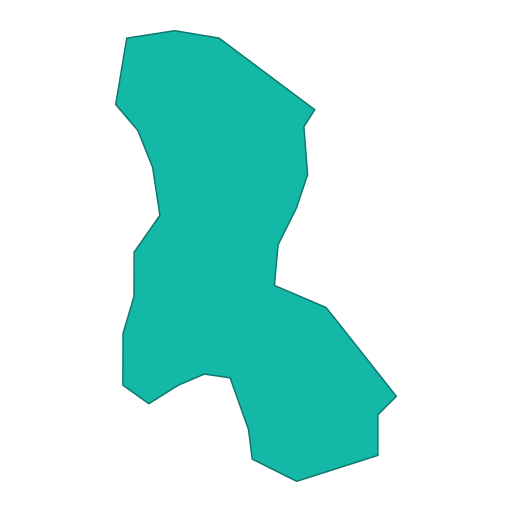 outline of Gyeryong-si, South Chungcheong, South Korea
{"feature_id": "91817680B70392770223342", "entity_name": "Gyeryong-si", "entity_type": "district", "adm_level": 2, "iso_a3": "KOR", "parent_name": "South Korea", "parent_adm1": "South Chungcheong", "projection": "albers", "projection_center": [127.243, 36.285], "detail": "fine", "context": "isolated", "style": "filled", "palette": "teal", "viewbox_px": 512, "rotation_deg": 0, "n_neighbors": 0, "source": "geoboundaries", "source_scale": "gbopen_adm2", "svg_char_len": 513}
<svg xmlns="http://www.w3.org/2000/svg" viewBox="0 0 512 512"><path d="M396.3,396.3L340.9,326.1L326.1,307.6L300.3,296.5L274.4,285.5L278.1,244.8L296.5,207.9L307.6,174.7L303.9,126.7L314.7,109.7L219.0,38.1L174.7,30.7L126.8,38.1L115.7,104.5L137.8,130.4L152.6,167.3L159.9,215.3L134.1,252.2L134.0,296.5L123.0,333.5L122.9,385.2L148.8,403.7L178.3,385.2L204.2,374.1L230.1,377.8L248.5,429.5L252.2,459.1L296.6,481.3L376.2,455.9L377.9,455.4L377.9,414.7L396.3,396.3Z" fill="#14b8a6" stroke="#0f766e" stroke-width="1.5"/></svg>